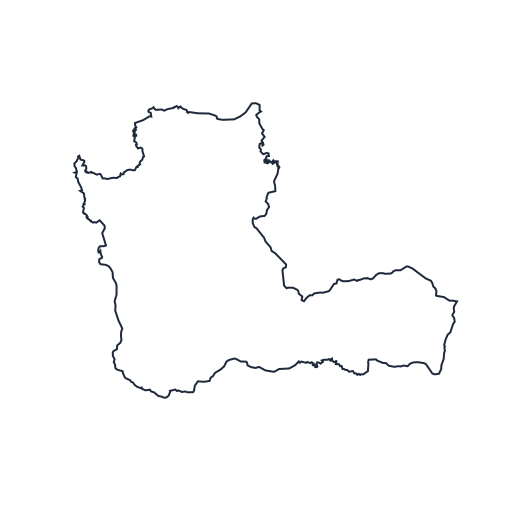 the district of Maros, Sulawesi Selatan, Indonesia, rotated 69°
{"feature_id": "22746128B73491405172020", "entity_name": "Maros", "entity_type": "district", "adm_level": 2, "iso_a3": "IDN", "parent_name": "Indonesia", "parent_adm1": "Sulawesi Selatan", "projection": "orthographic", "projection_center": [119.695, -4.965], "detail": "fine", "context": "isolated", "style": "outline", "palette": "slate", "viewbox_px": 512, "rotation_deg": 69, "n_neighbors": 0, "source": "geoboundaries", "source_scale": "gbopen_adm2", "svg_char_len": 6107}
<svg xmlns="http://www.w3.org/2000/svg" viewBox="0 0 512 512"><g transform="rotate(69 256 256)"><path d="M316.2,147.2L316.6,150.2L318.9,155.0L318.8,157.5L316.4,160.0L316.7,160.9L315.6,162.7L315.5,168.6L315.0,169.2L315.5,170.5L313.1,172.8L312.7,178.2L311.0,183.3L309.9,184.9L307.6,186.6L307.3,188.3L310.5,190.8L310.0,193.1L314.6,199.7L314.9,201.2L314.3,206.4L312.9,209.9L311.8,215.2L312.9,217.5L311.9,220.0L313.4,224.2L315.4,227.4L313.6,229.2L310.3,227.3L306.7,229.5L303.5,229.1L302.0,229.9L298.9,232.8L297.1,237.3L297.1,238.9L293.7,240.4L278.7,236.4L277.3,234.7L277.2,232.2L274.7,230.9L260.3,237.1L256.9,239.6L253.1,239.3L245.9,241.9L241.9,241.9L230.2,245.6L228.6,247.0L224.3,247.3L220.5,245.9L219.4,244.6L220.5,244.1L221.3,242.6L220.5,238.1L221.7,233.6L220.3,231.3L217.0,229.2L215.0,226.3L212.0,226.0L208.5,227.4L206.3,225.4L205.0,225.1L201.4,221.8L202.4,214.7L198.0,213.2L192.7,212.4L186.9,206.4L183.0,204.1L181.4,202.3L180.6,202.5L180.8,203.3L180.2,203.1L179.5,203.8L178.1,202.8L177.7,203.6L176.6,203.3L175.7,203.8L175.8,201.7L175.4,201.7L174.5,204.0L175.3,205.3L174.3,206.3L173.5,205.2L172.8,205.5L173.5,206.6L175.8,206.7L176.0,207.2L171.6,209.5L173.3,210.5L173.5,211.7L170.4,211.4L170.9,212.8L172.5,213.3L171.7,214.5L169.5,213.9L169.0,212.4L166.7,210.4L167.3,208.1L164.7,207.6L163.7,209.0L163.5,212.8L159.9,214.3L158.3,213.2L155.9,214.1L152.8,212.5L152.5,210.5L153.3,209.9L155.2,210.3L154.8,209.1L152.9,208.9L150.3,209.5L147.9,205.3L143.6,206.4L141.3,203.7L139.6,204.5L133.4,205.4L129.5,204.0L126.7,205.2L124.5,205.3L123.1,201.4L122.9,199.6L121.3,200.4L116.3,198.5L114.5,200.1L113.2,201.6L112.1,205.3L118.2,214.2L120.0,220.4L120.6,227.4L116.9,238.4L114.3,242.7L113.6,243.2L112.1,242.7L110.4,243.6L106.1,248.9L102.0,259.0L97.6,266.9L98.1,268.1L96.8,268.8L96.0,268.4L94.8,268.6L92.0,271.8L89.3,273.0L90.2,275.5L88.5,275.6L87.6,276.5L87.9,277.7L87.5,278.9L88.2,279.5L87.2,286.3L87.4,289.7L85.4,291.5L83.7,297.1L82.5,297.9L80.5,298.3L81.0,300.3L80.8,303.0L81.9,304.6L83.0,304.6L84.6,303.0L88.3,303.8L87.4,305.4L88.7,312.6L88.5,321.4L90.9,322.0L93.1,321.7L93.1,323.1L94.0,323.9L94.4,322.9L95.1,323.0L94.3,324.9L95.4,326.0L96.1,325.6L95.8,324.3L97.3,325.0L97.3,326.0L98.9,326.8L98.6,325.8L99.7,325.7L99.7,324.6L100.2,324.4L100.9,325.1L100.3,325.8L100.6,327.0L102.1,326.7L105.0,328.6L107.2,327.1L109.1,327.3L109.2,328.3L110.1,328.4L113.3,327.6L113.3,325.2L114.9,323.6L117.9,324.5L123.0,324.8L123.2,326.1L125.3,327.6L126.3,330.3L128.1,331.6L128.9,331.4L129.5,334.3L130.5,334.6L130.1,335.8L132.4,338.3L132.1,339.7L130.1,342.8L129.7,345.4L130.7,349.7L132.1,350.3L131.8,352.2L130.6,352.8L132.9,354.4L132.8,356.1L133.4,357.8L131.7,361.5L130.8,367.4L129.5,369.0L128.7,371.3L124.2,371.8L123.4,372.3L122.9,375.6L120.0,378.2L118.9,380.2L118.5,380.0L118.3,382.8L117.7,383.1L117.5,384.0L116.4,383.9L116.3,384.9L115.2,385.0L113.6,383.1L111.2,382.4L110.1,383.2L109.3,385.6L106.6,382.5L105.4,382.2L103.0,385.3L99.1,385.1L99.4,386.5L100.7,386.7L103.3,389.7L104.6,392.5L107.4,393.2L109.2,392.6L113.1,393.0L113.2,395.3L114.4,393.8L117.7,395.9L120.0,394.8L123.2,395.4L129.8,394.6L132.3,394.9L132.2,396.8L135.9,394.2L140.1,395.3L141.3,395.0L141.6,395.5L143.0,395.7L144.3,396.9L146.0,397.4L145.6,398.3L147.0,398.9L147.7,400.1L149.4,399.4L153.4,401.9L154.2,401.3L154.9,401.4L155.3,400.5L157.3,399.4L158.5,399.2L158.8,400.1L159.5,399.5L160.3,400.1L161.1,399.2L161.7,399.3L162.5,398.4L163.5,398.2L163.9,397.5L164.5,397.8L166.5,396.0L166.4,394.8L167.6,393.3L166.6,389.2L173.4,386.5L175.9,387.2L179.5,391.4L192.4,392.3L192.4,394.2L191.0,398.3L192.3,400.2L194.0,401.2L196.3,401.7L196.5,400.9L195.5,399.5L198.4,400.2L201.9,400.0L202.6,400.6L202.7,403.3L205.3,404.6L207.3,404.4L208.2,403.6L210.5,399.3L212.7,397.3L215.2,396.3L219.8,395.7L225.1,397.4L231.2,396.5L234.0,396.9L242.2,400.1L247.6,404.2L251.7,404.8L256.5,407.0L266.9,407.5L275.7,406.8L278.5,409.0L281.7,410.5L286.3,411.8L288.5,413.9L289.7,417.6L293.1,419.2L293.8,423.1L294.5,424.2L298.0,425.4L301.7,425.0L304.1,426.8L306.9,426.5L309.9,427.4L311.3,427.1L312.8,425.8L315.8,421.8L317.6,422.2L322.3,422.0L323.8,421.1L326.6,418.2L328.4,417.8L330.3,416.1L332.9,415.5L335.7,413.7L338.0,410.9L337.9,409.9L339.0,410.1L341.7,407.5L342.7,403.1L344.9,402.4L346.7,400.1L351.7,397.3L353.6,394.3L355.4,392.5L356.0,390.4L355.0,387.5L351.9,384.7L351.1,384.7L351.8,379.1L353.8,378.1L353.8,376.4L356.4,373.9L357.1,370.7L358.9,368.4L360.6,363.4L359.5,362.1L355.1,359.5L352.2,355.2L354.9,349.3L356.0,344.2L353.3,341.8L352.8,339.4L350.4,336.0L349.2,329.4L347.6,325.3L344.0,321.4L343.4,318.5L343.9,313.2L344.9,311.6L349.0,308.1L351.1,303.1L352.2,302.6L355.2,303.0L357.9,300.5L360.3,296.7L360.7,292.8L366.1,288.3L370.1,281.6L370.6,280.3L369.8,274.9L372.9,265.3L372.0,258.7L369.8,253.9L370.8,253.9L371.4,253.3L370.8,251.5L373.7,247.5L373.3,246.1L375.4,243.8L375.1,242.2L376.2,241.3L377.2,241.8L377.4,241.0L378.4,241.8L379.1,240.1L380.9,240.5L381.5,239.1L381.3,238.3L378.2,238.1L377.3,237.1L377.9,235.6L379.6,234.2L378.7,231.4L377.1,232.0L377.2,229.8L378.4,226.7L378.3,225.0L380.4,224.0L380.3,223.3L379.1,222.9L379.0,221.8L381.1,222.3L382.8,221.3L383.2,220.5L382.7,218.9L383.1,218.6L385.5,220.3L386.8,217.2L389.0,217.0L389.4,215.5L392.6,215.7L393.0,214.3L394.4,213.3L395.1,211.7L397.4,210.6L398.2,206.7L400.8,206.3L401.7,204.3L403.2,204.1L402.9,202.3L404.4,201.4L404.0,200.3L404.9,198.5L403.6,192.8L396.7,189.6L395.5,189.5L393.2,188.0L395.5,181.0L396.9,180.5L401.3,175.9L402.5,173.1L406.1,171.3L409.0,166.6L409.9,162.6L411.1,160.1L411.0,157.8L413.2,154.0L411.7,150.6L411.8,147.0L413.2,142.8L416.0,137.9L417.8,136.1L428.8,133.5L430.5,131.7L431.5,127.4L428.0,123.7L424.5,122.1L419.4,117.7L414.3,115.3L411.9,113.5L409.4,113.1L408.2,112.1L406.6,112.3L401.7,108.7L398.1,105.2L397.0,102.0L389.7,96.0L388.7,94.1L384.8,93.2L382.1,94.0L381.4,93.8L379.1,90.9L376.0,90.3L374.0,89.1L370.4,84.6L368.1,88.5L367.1,91.3L361.7,95.3L357.8,101.9L357.1,102.0L353.4,100.1L350.6,100.2L348.0,101.4L344.6,101.1L341.7,101.6L337.9,105.5L323.5,114.6L320.5,117.6L319.7,119.1L321.1,126.2L319.3,131.0L319.5,133.3L320.4,134.8L320.6,136.6L319.0,141.6L317.4,143.9L316.2,147.2Z" fill="none" stroke="#1e293b" stroke-width="2"/></g></svg>